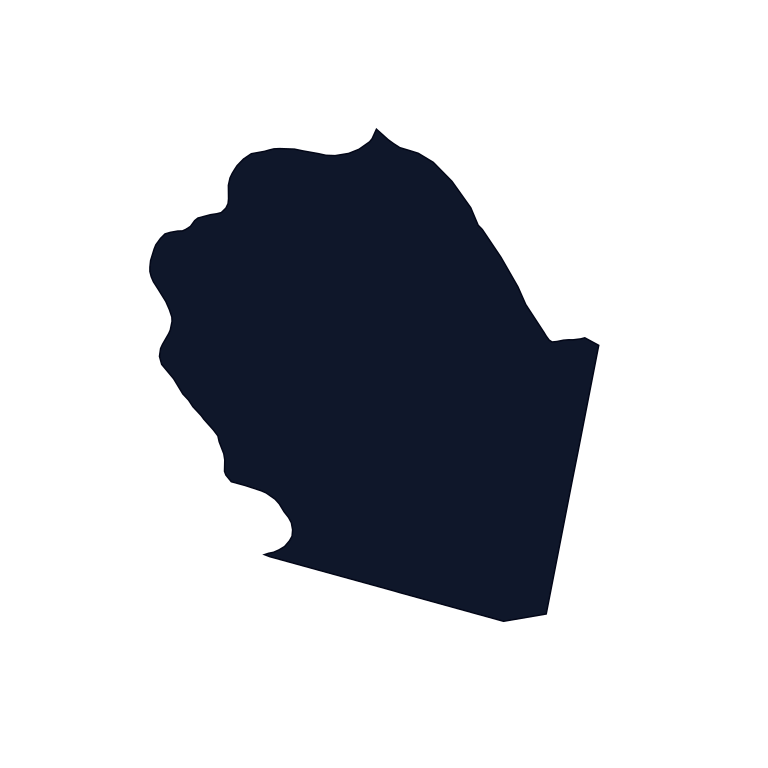 Júlio Borges, Piauí, Brazil (orthographic projection), rotated 126°
{"feature_id": "56859067B47361229033127", "entity_name": "Júlio Borges", "entity_type": "district", "adm_level": 2, "iso_a3": "BRA", "parent_name": "Brazil", "parent_adm1": "Piauí", "projection": "orthographic", "projection_center": [-44.174, -10.418], "detail": "fine", "context": "isolated", "style": "filled", "palette": "ink", "viewbox_px": 768, "rotation_deg": 126, "n_neighbors": 0, "source": "geoboundaries", "source_scale": "gbopen_adm2", "svg_char_len": 1563}
<svg xmlns="http://www.w3.org/2000/svg" viewBox="0 0 768 768"><g transform="rotate(126 384 384)"><path d="M474.7,117.6L350.5,175.4L324.2,187.5L226.5,233.0L228.6,248.7L231.9,251.4L237.2,257.1L239.6,260.5L243.0,264.5L247.9,269.0L251.2,272.7L251.4,276.2L249.9,280.9L248.3,284.7L236.4,316.0L226.7,332.7L212.7,363.9L201.2,395.3L200.2,401.2L190.4,417.4L180.1,448.1L175.7,474.5L177.2,491.9L179.9,499.9L183.5,510.2L183.9,517.5L183.9,524.3L182.3,539.9L192.5,537.8L196.5,538.0L208.8,542.2L218.2,548.1L228.0,557.8L233.1,565.4L236.2,572.5L243.1,586.7L246.6,594.5L254.9,606.8L258.5,611.3L262.4,614.6L266.0,617.4L275.7,626.7L284.5,629.9L293.6,631.2L297.8,631.0L302.8,630.6L307.8,629.7L314.7,626.7L325.6,618.6L329.7,616.2L334.6,615.3L341.0,616.4L344.6,619.4L348.9,623.8L359.1,632.1L363.1,633.2L370.3,633.2L375.6,635.3L378.7,637.1L381.4,640.7L386.9,646.0L391.3,649.4L397.5,650.4L405.5,650.4L409.9,649.3L421.3,645.4L427.0,642.1L430.6,639.5L434.0,635.4L436.8,630.7L440.0,622.5L445.5,609.0L450.0,601.3L454.5,595.0L457.9,592.3L466.0,588.6L469.8,587.8L482.1,586.5L486.6,585.6L493.6,581.9L498.8,575.4L503.4,557.3L510.3,540.9L511.9,532.6L514.7,525.2L517.0,513.4L518.4,509.0L521.4,495.2L523.6,487.9L527.6,483.4L534.6,472.6L539.0,468.2L548.4,461.7L550.6,458.4L552.8,450.1L547.7,436.6L542.5,420.4L541.4,415.4L541.2,404.5L542.5,398.3L546.1,389.7L548.1,382.7L550.7,377.4L555.7,372.2L561.2,368.9L566.4,368.3L573.9,368.9L580.0,371.5L585.0,374.4L588.8,377.9L592.3,380.4L590.8,374.8L545.4,254.0L543.6,248.9L505.7,147.8L474.7,117.6Z" fill="#0f172a" stroke="#020617" stroke-width="1.5"/></g></svg>